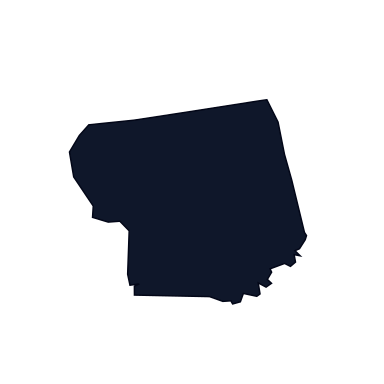 Pulaski, Kentucky, United States of America, rotated 32°
{"feature_id": "52423323B4413103622838", "entity_name": "Pulaski", "entity_type": "district", "adm_level": 2, "iso_a3": "USA", "parent_name": "United States of America", "parent_adm1": "Kentucky", "projection": "robinson", "projection_center": [-84.502, 37.111], "detail": "fine", "context": "isolated", "style": "filled", "palette": "ink", "viewbox_px": 384, "rotation_deg": 32, "n_neighbors": 0, "source": "geoboundaries", "source_scale": "gbopen_adm2", "svg_char_len": 738}
<svg xmlns="http://www.w3.org/2000/svg" viewBox="0 0 384 384"><g transform="rotate(32 192 192)"><path d="M197.8,309.9L262.3,271.4L276.1,268.4L282.6,263.7L285.8,265.4L291.2,259.5L289.3,250.8L302.2,246.1L303.7,242.4L296.3,234.0L305.2,233.4L307.8,227.3L302.2,226.2L302.0,217.8L298.9,215.8L308.4,203.5L314.9,202.9L316.9,196.6L311.8,191.0L317.5,188.8L310.4,187.2L313.2,183.2L313.3,172.5L312.2,168.3L308.8,166.7L270.3,129.1L250.5,111.1L227.9,87.1L206.6,74.1L199.5,80.1L141.0,130.7L104.7,161.9L68.9,189.7L66.5,203.7L66.9,223.0L83.7,241.9L94.9,246.9L105.8,251.8L115.7,256.2L121.1,266.2L136.9,261.9L146.3,255.0L159.3,258.2L181.0,295.8L188.8,303.9L196.1,297.7L193.1,302.5L197.8,309.9Z" fill="#0f172a" stroke="#020617" stroke-width="1.5"/></g></svg>